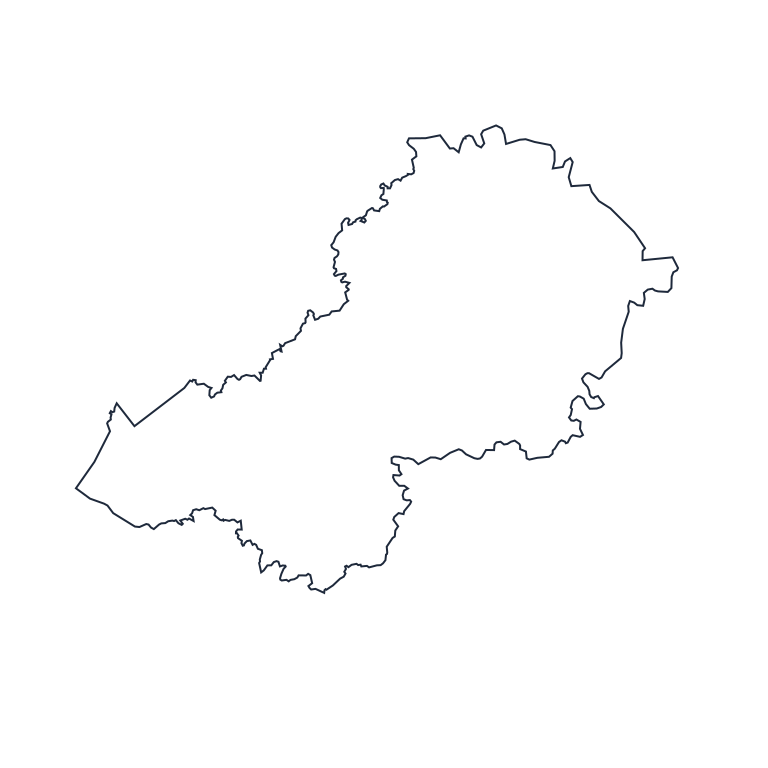 outline of San Baltazar Loxicha, Oaxaca, Mexico, rotated 229°
{"feature_id": "50627088B31289978402863", "entity_name": "San Baltazar Loxicha", "entity_type": "district", "adm_level": 2, "iso_a3": "MEX", "parent_name": "Mexico", "parent_adm1": "Oaxaca", "projection": "mercator", "projection_center": [-96.791, 16.043], "detail": "fine", "context": "isolated", "style": "outline", "palette": "slate", "viewbox_px": 768, "rotation_deg": 229, "n_neighbors": 0, "source": "geoboundaries", "source_scale": "gbopen_adm2", "svg_char_len": 6160}
<svg xmlns="http://www.w3.org/2000/svg" viewBox="0 0 768 768"><g transform="rotate(229 384 384)"><path d="M507.4,83.1L490.4,86.9L477.4,94.2L473.7,95.6L464.2,94.9L439.8,102.5L436.5,105.6L434.3,112.7L432.4,114.1L428.5,114.0L425.5,115.1L425.5,122.0L424.9,124.5L422.5,127.7L422.0,131.1L419.8,134.6L418.3,135.7L417.8,137.6L413.8,137.5L410.4,138.9L410.5,140.4L414.6,140.7L412.7,145.6L410.5,146.6L410.4,148.6L405.5,150.4L409.0,152.6L412.2,151.8L412.3,154.3L414.0,157.1L412.7,160.1L409.9,161.8L408.8,166.2L407.0,166.9L403.4,173.3L398.8,173.8L396.3,170.0L389.2,171.1L387.7,172.0L387.3,173.7L386.1,173.2L385.7,174.9L382.2,177.4L381.3,180.2L379.8,181.9L375.7,182.6L374.8,186.2L367.5,181.1L370.2,178.1L369.8,175.6L368.5,174.4L368.1,175.1L365.0,174.8L364.5,173.3L363.4,172.7L358.9,173.9L357.4,172.0L354.6,171.3L354.1,172.4L355.1,174.0L355.4,177.4L353.6,180.5L348.8,179.3L348.4,181.3L346.5,182.0L342.4,180.7L338.7,182.8L336.2,181.1L335.7,179.2L333.0,175.1L331.4,174.0L330.8,172.3L322.4,167.7L322.2,171.0L323.6,177.0L321.1,180.0L321.9,184.0L320.8,186.7L319.1,187.7L314.6,185.8L313.5,188.5L311.6,190.3L310.7,190.0L310.4,187.0L308.1,182.1L305.6,178.1L304.4,177.4L302.8,177.9L300.2,181.9L297.6,182.6L297.5,184.9L295.5,188.3L294.8,191.6L295.6,194.0L290.6,199.6L290.5,202.2L288.1,203.0L280.8,199.1L281.1,194.4L278.9,194.0L276.7,194.2L274.3,197.9L265.6,201.8L267.4,203.8L267.5,205.3L266.5,205.6L265.5,213.2L265.9,223.2L265.0,227.2L266.2,230.6L268.3,230.8L269.4,234.0L271.8,234.9L271.4,236.5L269.1,237.0L268.8,240.9L266.3,245.3L264.3,245.7L263.0,247.8L261.2,247.2L257.9,251.8L255.4,252.4L251.8,259.7L249.5,262.6L249.3,265.6L250.1,269.5L253.9,273.6L253.8,274.8L254.7,275.9L259.4,279.3L262.2,289.5L261.8,292.1L266.0,296.4L267.3,301.3L275.5,302.0L276.9,304.5L277.0,310.3L273.0,313.4L274.8,315.8L276.4,325.1L277.4,327.3L279.4,327.4L281.3,324.8L284.2,323.2L287.8,325.1L290.4,329.2L289.4,333.5L293.9,332.5L297.2,328.7L304.0,328.5L307.6,329.6L309.1,331.4L304.7,335.7L304.5,338.0L309.1,338.6L313.1,342.0L315.5,339.9L319.3,338.0L323.1,341.1L322.5,344.1L319.2,347.6L313.8,351.0L312.3,353.6L307.7,356.5L301.0,357.3L298.0,371.0L294.8,374.5L290.0,377.5L288.7,388.7L285.7,397.6L282.7,399.2L277.1,399.8L268.7,403.5L266.1,405.5L264.8,407.6L264.8,410.4L267.3,417.7L261.9,423.7L265.8,427.7L266.2,430.6L263.9,434.1L259.6,434.9L257.8,437.8L257.1,442.1L255.5,445.5L250.0,446.8L248.3,446.4L245.6,444.0L239.9,446.8L234.3,442.9L231.6,444.1L227.7,451.3L220.8,460.8L220.8,465.5L223.1,467.8L223.1,470.4L225.4,478.0L225.1,481.0L221.7,482.8L220.0,482.4L219.3,484.2L221.6,490.2L221.6,492.8L215.5,497.3L215.0,500.7L221.6,502.5L226.4,507.5L231.0,505.9L231.7,503.1L233.6,501.4L237.4,501.7L238.1,504.6L241.7,509.4L243.7,509.4L247.5,515.1L247.6,522.3L246.1,523.6L241.9,525.1L236.4,523.2L230.4,523.0L225.9,528.5L224.2,532.8L224.4,536.5L234.5,537.6L236.0,534.1L235.6,533.1L238.3,531.8L241.4,532.4L244.1,534.4L248.3,535.8L254.4,535.6L258.2,537.0L259.2,542.4L258.7,544.6L257.7,545.8L246.8,549.6L246.2,552.5L248.5,559.2L248.1,580.0L251.3,583.6L259.6,590.1L268.9,600.5L278.0,616.1L282.7,619.5L285.3,624.0L281.3,626.2L277.3,626.9L273.0,630.9L277.1,636.5L282.3,639.9L282.2,645.0L279.8,649.1L276.8,649.8L274.1,651.6L267.3,658.6L267.8,663.8L276.3,671.6L278.5,675.7L277.6,679.7L278.6,682.0L290.3,684.9L307.8,660.3L314.6,666.4L315.2,670.1L334.6,672.5L368.0,670.1L381.1,666.2L392.7,666.9L399.4,669.7L410.4,655.2L418.9,659.1L427.7,672.0L432.3,672.8L433.2,666.6L430.5,661.3L435.9,652.8L440.5,659.2L447.8,665.4L455.1,666.4L467.8,656.5L475.8,651.5L479.3,646.7L485.1,633.6L493.3,638.6L499.7,640.6L505.6,638.2L510.1,625.1L508.8,621.2L499.8,617.5L498.8,612.5L503.5,610.7L512.6,613.0L515.8,611.3L517.3,607.7L515.8,606.7L517.2,605.2L514.4,599.2L509.9,592.4L516.3,591.2L518.5,588.2L534.9,589.5L542.2,576.7L553.0,564.0L551.2,560.1L547.8,559.6L542.0,560.8L538.1,560.4L534.6,557.8L535.0,552.3L527.6,548.3L527.0,547.1L525.1,546.7L523.8,544.7L524.4,542.1L526.8,539.9L526.1,539.6L526.5,537.0L527.8,533.1L526.6,529.9L529.4,529.0L530.8,526.0L530.8,521.2L529.2,520.2L527.7,516.9L529.3,515.1L530.5,516.1L533.4,514.8L535.7,515.1L536.4,512.8L535.8,510.9L534.8,510.2L533.8,510.2L532.2,512.4L531.3,511.8L527.8,508.2L528.1,505.9L526.9,503.2L524.2,503.6L520.7,506.5L519.4,505.6L518.4,505.8L517.5,504.5L517.9,500.4L518.8,499.7L518.9,495.8L517.6,493.8L521.5,490.4L524.0,490.9L524.7,490.4L525.4,485.8L525.4,484.6L523.2,481.0L523.6,477.7L522.9,477.1L521.0,477.8L519.1,477.3L518.8,475.1L522.4,473.3L522.5,474.8L524.1,476.0L525.2,475.2L526.2,471.6L526.2,470.0L525.3,469.0L526.3,466.8L525.7,464.9L527.3,461.6L529.2,462.6L530.4,465.6L532.4,465.6L533.7,464.3L534.1,462.6L532.8,457.1L527.4,453.2L527.7,448.7L526.8,444.1L524.0,438.9L523.4,435.3L521.1,434.3L517.9,435.0L515.3,436.5L513.4,436.2L511.8,434.5L511.2,432.3L511.6,429.4L510.6,427.8L508.3,427.1L505.2,422.5L504.2,422.2L502.3,423.3L500.4,422.2L499.8,418.3L498.1,417.9L497.2,418.5L496.4,421.4L493.2,426.9L492.0,427.2L491.0,425.9L491.4,423.0L490.4,422.0L490.5,419.5L489.1,418.8L488.1,419.1L486.8,421.7L483.0,424.2L482.7,419.7L481.8,419.0L478.6,419.5L478.2,419.0L478.6,414.8L471.9,411.5L470.3,411.6L470.6,406.0L468.5,398.6L473.1,392.1L472.2,388.2L476.7,380.2L476.4,377.2L477.7,374.1L482.2,375.7L482.8,377.0L484.4,377.4L488.0,376.7L489.0,374.8L488.0,373.1L485.5,372.1L484.9,367.6L482.0,365.3L481.7,364.4L482.7,362.4L480.8,357.5L478.6,356.2L478.0,348.8L476.1,346.2L479.7,336.2L478.8,333.2L479.2,332.0L481.7,331.3L475.7,328.0L476.6,327.4L478.9,328.1L480.9,319.7L475.8,316.7L477.4,314.1L476.8,313.8L474.3,305.7L473.0,305.0L474.3,303.4L472.1,299.8L474.0,297.6L471.1,296.9L467.4,293.0L467.7,292.4L475.4,291.8L477.0,289.2L481.2,286.0L482.9,281.2L482.0,278.6L482.3,277.3L483.9,276.7L489.1,276.7L489.7,273.2L492.0,270.9L490.8,266.0L488.9,265.7L488.9,262.1L486.7,259.2L486.1,256.6L484.5,255.9L486.8,252.5L487.0,249.5L486.1,247.6L487.0,244.6L490.1,244.8L493.7,248.4L494.2,251.2L497.1,249.4L502.4,248.2L506.0,242.7L508.9,242.9L510.4,244.4L512.4,242.7L511.7,240.9L513.9,239.9L512.0,230.7L515.9,168.0L544.8,169.6L542.7,165.0L540.2,162.3L541.0,160.4L542.7,160.1L541.9,157.9L539.9,158.4L538.1,155.7L536.4,154.5L536.6,150.8L535.9,149.2L528.1,146.2L515.2,114.3L507.4,83.1Z" fill="none" stroke="#1e293b" stroke-width="2"/></g></svg>